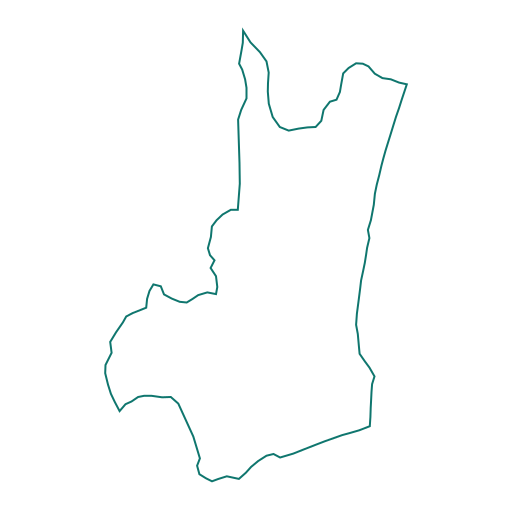 the district of Barra Velha, Santa Catarina, Brazil
{"feature_id": "56859067B48185053064222", "entity_name": "Barra Velha", "entity_type": "district", "adm_level": 2, "iso_a3": "BRA", "parent_name": "Brazil", "parent_adm1": "Santa Catarina", "projection": "robinson", "projection_center": [-48.728, -26.649], "detail": "fine", "context": "isolated", "style": "outline", "palette": "teal", "viewbox_px": 512, "rotation_deg": 0, "n_neighbors": 0, "source": "geoboundaries", "source_scale": "gbopen_adm2", "svg_char_len": 1861}
<svg xmlns="http://www.w3.org/2000/svg" viewBox="0 0 512 512"><path d="M243.1,30.7L242.8,42.8L241.5,50.5L239.1,63.7L242.2,69.6L245.1,79.3L246.5,87.8L246.5,98.4L241.2,109.9L238.1,119.6L239.5,163.1L239.8,183.7L237.8,209.8L230.8,209.8L222.6,214.5L216.6,220.2L211.9,226.4L210.9,237.0L207.9,248.2L210.0,255.2L214.5,260.3L210.6,268.0L216.0,276.2L217.3,287.0L216.0,294.1L207.3,292.4L198.2,295.1L192.3,299.1L186.7,302.5L179.7,301.8L171.8,298.6L164.0,294.4L160.8,286.3L153.4,284.4L149.5,290.9L147.1,298.8L146.2,307.7L132.6,313.1L126.2,316.5L122.9,322.4L116.1,332.2L110.2,341.9L111.6,352.8L105.5,365.0L105.2,373.2L108.0,384.6L110.9,393.8L114.8,402.0L119.6,411.1L125.5,404.2L131.5,401.5L138.1,397.0L144.1,395.8L151.5,395.8L162.1,397.3L170.8,397.0L178.3,403.6L193.3,436.5L199.9,458.4L197.1,465.7L199.4,474.2L206.0,478.3L212.0,481.3L218.2,479.0L226.8,476.3L238.9,478.9L245.9,472.7L251.1,466.9L258.2,461.0L266.5,455.7L273.5,454.0L280.1,457.5L293.3,453.6L303.6,449.5L315.9,444.7L325.0,441.2L342.2,435.1L349.2,433.2L359.2,430.3L369.8,426.2L370.4,417.1L370.7,407.9L371.1,400.2L371.5,392.0L372.1,384.1L374.5,376.4L369.4,367.5L364.8,361.3L359.6,353.8L358.8,345.2L357.8,334.0L356.1,324.8L356.9,313.7L358.8,299.1L360.1,288.9L361.1,280.4L363.1,271.1L364.8,262.9L366.1,254.7L367.1,247.8L369.4,238.1L367.9,229.9L370.9,220.2L373.8,204.8L374.9,193.7L376.8,184.5L379.2,175.3L381.5,165.4L383.4,158.2L385.5,150.7L387.7,143.6L390.2,135.6L393.0,126.5L396.0,116.8L399.1,107.9L401.7,99.7L404.4,91.6L406.8,84.3L399.1,82.6L390.8,79.3L382.4,78.1L374.8,73.7L368.5,66.4L362.8,63.7L356.1,63.3L348.6,68.0L343.2,73.4L341.2,84.3L339.9,92.0L336.5,99.7L329.9,101.7L323.6,109.9L321.3,120.8L315.6,127.0L307.4,127.4L298.6,128.6L288.7,130.6L279.8,127.0L272.7,117.0L268.8,103.7L267.8,91.6L268.0,83.1L268.7,72.6L266.5,61.4L259.9,52.1L250.5,42.4L243.1,30.7Z" fill="none" stroke="#0f766e" stroke-width="2"/></svg>